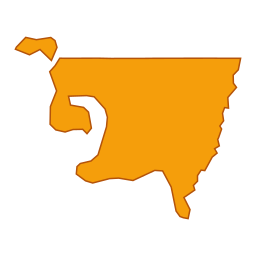 West Feliciana, Louisiana, United States of America (Robinson projection)
{"feature_id": "52423323B24194597484154", "entity_name": "West Feliciana", "entity_type": "district", "adm_level": 2, "iso_a3": "USA", "parent_name": "United States of America", "parent_adm1": "Louisiana", "projection": "robinson", "projection_center": [-91.444, 30.849], "detail": "fine", "context": "isolated", "style": "filled", "palette": "amber", "viewbox_px": 256, "rotation_deg": 0, "n_neighbors": 0, "source": "geoboundaries", "source_scale": "gbopen_adm2", "svg_char_len": 1092}
<svg xmlns="http://www.w3.org/2000/svg" viewBox="0 0 256 256"><path d="M240.6,58.3L221.8,58.3L221.5,58.3L213.0,58.2L154.1,58.3L143.5,58.4L142.7,58.4L114.5,58.4L113.5,58.5L98.3,58.2L64.4,58.3L59.8,58.2L55.1,65.7L49.7,71.7L56.6,90.9L50.4,106.6L50.1,124.3L55.8,129.9L65.1,132.0L73.0,129.5L82.7,129.3L87.0,133.7L91.4,128.2L88.5,112.1L83.6,107.4L70.5,105.1L68.5,96.2L86.7,95.6L94.2,96.8L105.1,109.0L107.4,117.2L106.5,126.9L98.0,154.9L91.0,161.0L80.3,163.5L77.0,166.6L76.3,174.0L85.5,180.8L92.7,183.0L109.6,178.6L118.6,178.1L133.0,180.5L154.7,170.4L162.6,170.9L171.2,187.0L176.1,211.1L180.0,216.5L183.3,217.7L188.1,218.6L190.0,209.6L183.9,197.5L194.8,190.0L193.4,185.4L197.5,181.2L197.5,175.6L201.1,170.1L204.8,170.6L212.2,157.1L217.1,153.1L214.6,148.7L219.3,145.9L217.7,139.3L218.5,137.9L221.6,129.0L219.8,126.0L223.6,120.8L222.5,113.3L224.6,107.6L228.5,108.1L227.8,97.5L236.5,87.4L233.4,83.2L233.2,75.1L238.3,69.8L240.6,58.3ZM51.4,60.5L57.0,47.4L55.0,40.6L50.8,37.5L36.4,39.7L25.7,37.4L16.4,47.1L15.4,49.2L29.5,54.8L40.0,49.5L51.4,60.5Z" fill="#f59e0b" stroke="#b45309" stroke-width="1.5"/></svg>